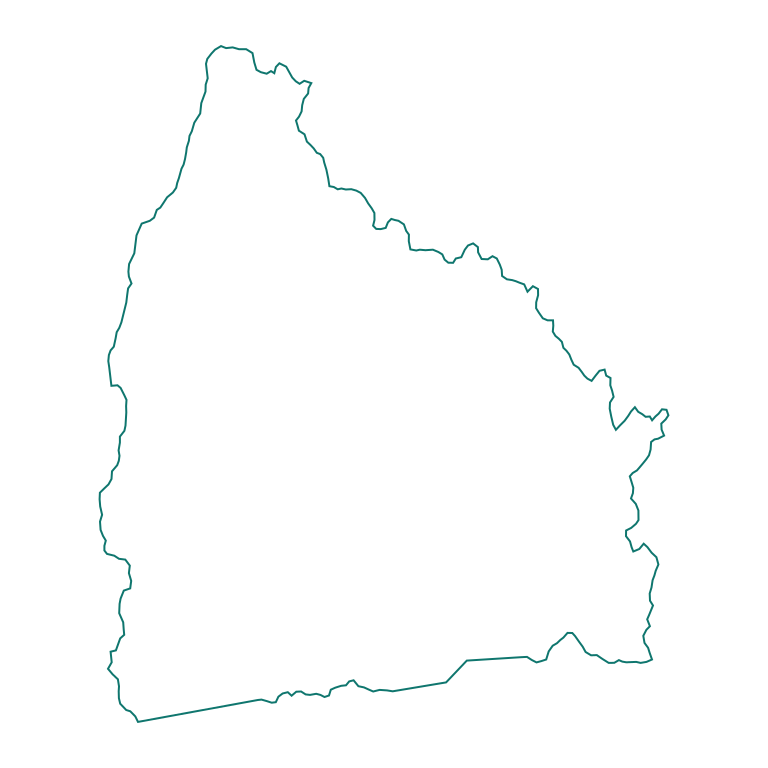 the district of Itanhém, Bahia, Brazil
{"feature_id": "56859067B26534963171540", "entity_name": "Itanhém", "entity_type": "district", "adm_level": 2, "iso_a3": "BRA", "parent_name": "Brazil", "parent_adm1": "Bahia", "projection": "equal_earth", "projection_center": [-40.347, -17.08], "detail": "fine", "context": "isolated", "style": "outline", "palette": "teal", "viewbox_px": 768, "rotation_deg": 0, "n_neighbors": 0, "source": "geoboundaries", "source_scale": "gbopen_adm2", "svg_char_len": 4474}
<svg xmlns="http://www.w3.org/2000/svg" viewBox="0 0 768 768"><path d="M279.4,63.3L275.9,67.0L274.3,73.2L271.0,71.1L266.7,73.7L260.9,72.2L256.5,69.8L254.3,62.5L252.5,53.1L246.2,49.2L239.0,49.2L232.7,47.4L226.1,48.1L221.0,46.1L215.0,49.7L211.4,53.6L207.3,58.9L206.0,63.8L207.7,78.3L205.7,84.6L205.5,91.6L201.3,103.1L200.2,113.5L194.3,122.7L191.8,131.3L189.5,135.9L188.9,140.8L186.8,147.4L186.2,152.3L185.0,159.1L183.6,164.6L181.5,168.7L178.9,178.1L177.2,183.0L176.2,187.8L172.9,192.5L167.1,197.3L163.0,203.6L160.3,207.6L156.8,209.9L154.1,217.6L149.8,220.8L141.7,223.6L136.5,235.4L134.3,253.3L129.1,264.0L128.4,271.6L128.9,276.6L131.5,283.5L128.1,288.4L127.2,294.9L126.3,302.5L121.4,322.3L119.3,327.8L116.7,332.2L115.6,338.4L113.8,346.7L110.6,350.4L108.9,355.0L108.3,361.1L109.2,367.1L111.4,385.8L117.5,385.3L120.6,387.9L124.3,395.2L126.5,399.9L126.1,406.1L126.3,412.5L125.5,425.6L124.4,430.8L119.9,436.6L119.9,442.6L118.6,450.4L119.5,455.8L118.8,460.8L117.2,465.2L112.0,471.3L111.5,479.0L108.5,484.4L104.6,488.1L99.9,492.7L99.6,499.2L100.2,506.5L102.1,514.8L100.0,521.6L100.6,529.9L103.0,535.9L105.8,540.6L104.4,545.8L104.4,550.5L107.0,553.9L114.3,555.7L119.0,558.8L125.3,559.6L129.8,565.6L128.9,573.1L131.2,580.9L130.2,588.4L123.8,590.6L120.6,598.6L119.6,603.8L119.2,613.2L123.2,622.3L123.7,629.4L124.2,634.8L120.2,638.4L115.9,650.4L110.6,651.7L111.7,662.3L108.0,668.8L112.6,674.3L117.9,679.3L119.0,686.3L118.7,691.3L118.9,698.2L120.2,703.7L126.2,710.0L130.3,711.3L135.3,716.4L138.0,721.9L257.8,700.0L261.5,699.6L266.8,701.1L271.7,702.7L275.8,702.2L278.4,696.7L282.6,693.5L287.8,692.2L291.6,695.7L296.3,691.7L301.1,691.5L305.6,694.4L310.0,694.9L316.2,693.8L320.4,694.9L324.5,697.0L329.0,695.5L330.8,689.7L335.2,687.7L341.2,685.8L346.0,685.3L349.2,681.4L353.6,680.3L358.4,686.2L364.0,687.4L368.6,689.5L373.2,691.5L379.6,689.9L387.0,690.4L392.7,691.3L446.1,682.4L466.8,660.6L521.0,657.2L527.0,656.9L531.8,660.0L536.5,662.4L541.3,661.1L546.2,659.5L548.7,651.4L552.7,645.7L557.0,643.2L560.3,640.0L563.4,637.6L567.5,632.9L572.3,633.0L575.1,636.1L578.9,641.5L582.7,646.7L585.6,652.0L591.1,655.3L596.8,655.1L602.5,659.0L608.7,662.9L614.3,662.8L618.9,660.1L622.3,661.6L626.3,662.3L631.2,662.1L636.2,661.9L640.6,662.9L646.5,661.9L652.0,659.5L649.6,652.7L648.1,647.8L644.5,642.9L643.3,635.8L646.4,629.8L649.9,626.2L647.2,619.3L649.1,615.0L650.9,610.6L653.0,605.5L650.0,600.7L649.7,593.5L651.5,587.5L652.6,580.2L654.4,575.5L655.7,570.8L658.4,564.5L656.4,557.2L651.6,552.7L647.4,547.1L643.7,543.7L639.3,549.0L633.3,551.5L631.6,547.2L630.0,541.4L626.0,536.2L626.1,530.5L631.2,527.9L636.0,523.8L638.5,520.1L638.4,510.5L635.8,503.9L631.0,498.5L632.9,493.2L633.3,487.8L631.6,482.1L629.8,476.3L632.7,473.0L637.0,470.4L642.1,464.4L646.1,459.5L649.0,455.3L650.6,449.5L651.1,442.0L654.5,439.4L658.1,438.7L664.1,435.6L661.6,429.6L661.3,423.6L665.7,419.4L668.4,415.3L666.5,409.8L662.0,409.3L658.6,413.7L655.4,416.5L652.1,420.3L649.8,416.5L645.6,416.8L642.3,414.2L638.2,411.8L634.9,407.2L631.0,411.5L628.3,415.8L624.7,420.7L620.0,425.4L615.9,429.8L613.2,424.8L611.3,416.8L609.7,408.7L610.0,402.5L613.6,396.9L612.1,390.7L610.3,385.3L610.5,378.0L606.2,375.6L604.6,369.6L599.5,370.8L595.6,375.6L591.6,380.9L587.4,378.6L584.3,375.6L581.8,372.0L578.6,367.8L573.7,364.7L571.4,359.8L569.3,354.5L566.4,350.7L563.4,347.8L561.9,341.9L558.8,338.7L555.4,335.9L552.8,331.6L553.3,325.7L553.0,320.3L547.5,320.3L542.8,318.3L538.9,312.7L536.1,308.2L536.2,302.3L538.1,295.2L538.0,289.0L532.9,286.2L527.5,291.7L524.2,284.4L519.5,282.7L515.8,281.2L512.2,280.1L506.9,279.3L502.1,276.0L501.7,269.8L499.8,264.6L496.8,258.5L492.5,256.2L487.8,259.3L481.6,259.0L478.1,252.3L477.9,247.1L473.1,243.4L468.0,245.5L464.8,249.7L461.3,257.2L455.8,258.5L453.1,262.8L448.3,262.7L444.6,259.6L442.3,254.4L438.4,252.0L432.9,249.7L425.4,250.2L419.8,249.7L416.3,250.5L410.4,249.4L408.8,241.2L408.9,234.6L406.2,230.9L403.9,224.4L398.5,220.8L394.8,220.0L391.3,218.9L387.9,222.4L385.7,227.9L380.7,229.1L376.2,228.9L373.1,225.7L374.5,220.0L374.4,213.0L371.7,208.3L368.1,203.3L365.0,197.9L360.7,192.9L356.3,190.6L351.3,189.2L345.8,189.5L341.4,188.5L337.7,189.3L333.8,187.0L329.4,186.2L328.2,178.4L326.4,169.7L324.2,162.5L323.2,157.8L320.2,154.1L316.8,152.8L313.7,148.4L310.5,145.0L306.9,141.6L304.5,134.3L298.9,130.7L297.4,125.2L296.0,120.5L299.0,116.7L301.6,111.4L302.2,105.2L303.8,98.9L308.1,93.5L308.6,88.0L311.3,83.1L304.2,80.8L299.6,83.8L295.8,81.3L292.2,77.5L286.2,66.7L279.4,63.3Z" fill="none" stroke="#0f766e" stroke-width="2"/></svg>